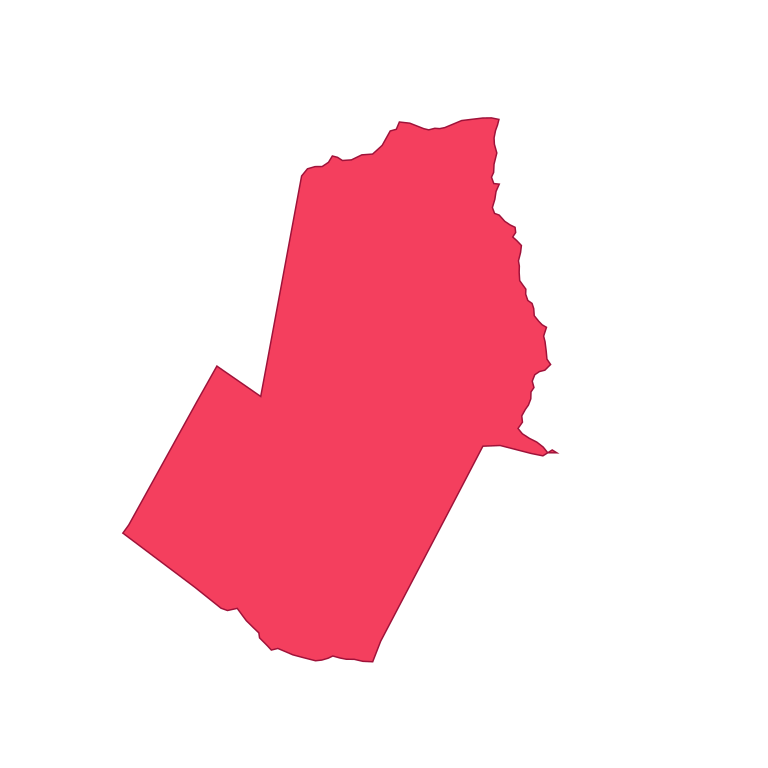 Catingueira, Paraíba, Brazil (orthographic projection), rotated 213°
{"feature_id": "56859067B50931657389991", "entity_name": "Catingueira", "entity_type": "district", "adm_level": 2, "iso_a3": "BRA", "parent_name": "Brazil", "parent_adm1": "Paraíba", "projection": "orthographic", "projection_center": [-37.613, -7.154], "detail": "fine", "context": "isolated", "style": "filled", "palette": "rose", "viewbox_px": 768, "rotation_deg": 213, "n_neighbors": 0, "source": "geoboundaries", "source_scale": "gbopen_adm2", "svg_char_len": 1707}
<svg xmlns="http://www.w3.org/2000/svg" viewBox="0 0 768 768"><g transform="rotate(213 384 384)"><path d="M209.2,415.5L216.1,417.8L224.1,418.5L232.5,417.6L240.9,417.6L247.4,419.7L247.1,427.4L251.1,432.3L251.6,439.7L251.4,445.0L252.8,451.5L256.4,457.4L256.3,462.7L261.2,467.1L262.6,473.9L260.4,479.1L256.6,483.2L254.9,491.1L260.9,493.6L265.6,499.6L272.0,507.2L276.2,511.1L278.6,520.0L283.7,519.8L288.5,520.9L295.2,523.1L299.5,528.8L303.7,532.2L308.9,532.4L314.1,536.5L316.7,540.8L321.7,542.7L326.5,544.6L331.4,551.2L334.7,556.6L338.3,560.5L341.1,568.7L344.2,575.0L350.9,576.6L356.1,577.4L356.1,582.8L359.4,586.8L365.0,586.1L371.3,586.2L379.4,588.4L384.2,587.3L389.2,591.0L391.6,599.2L394.9,606.5L396.2,614.4L401.1,611.9L406.5,616.0L407.3,621.2L411.4,628.2L415.2,639.2L422.0,645.2L425.7,650.3L428.5,657.3L429.8,662.9L431.7,668.5L438.8,665.7L446.1,660.8L455.0,653.4L462.4,647.2L472.7,632.1L476.4,628.5L480.7,626.1L484.9,621.5L489.7,619.8L504.4,616.8L513.8,612.1L512.4,604.3L516.6,599.6L515.5,583.2L516.9,577.7L518.8,570.6L527.4,564.1L533.4,554.2L540.6,548.8L546.4,548.8L551.5,547.1L551.3,539.7L554.3,532.7L560.2,528.8L565.4,522.8L566.4,513.6L493.6,337.9L480.6,306.4L533.9,308.0L531.3,267.4L521.3,126.8L521.8,116.7L431.8,110.5L398.6,107.2L391.9,108.8L384.9,115.9L375.4,112.3L370.5,110.5L360.8,108.5L353.4,107.1L350.1,103.3L339.0,100.9L333.6,99.5L329.0,104.4L324.1,105.3L313.0,107.2L303.2,110.4L290.7,114.6L285.8,118.6L281.5,123.6L278.8,128.0L271.5,130.3L265.8,132.6L259.0,136.9L250.7,139.9L242.2,144.9L246.7,166.4L254.4,249.3L260.6,316.2L267.2,385.7L253.1,395.7L222.7,405.9L211.6,410.3L209.2,415.5ZM209.2,415.5L201.6,420.4L207.0,420.3L209.2,415.5Z" fill="#f43f5e" stroke="#9f1239" stroke-width="1.5"/></g></svg>